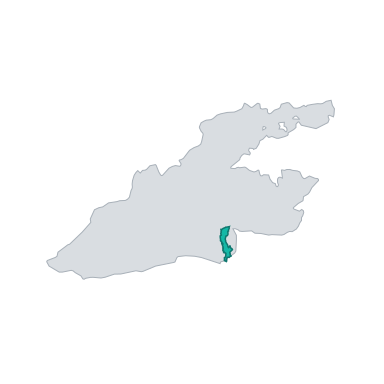 Jayyl, Chuy, Kyrgyzstan (highlighted), rotated 168°
{"feature_id": "92254566B24091049368111", "entity_name": "Jayyl", "entity_type": "district", "adm_level": 2, "iso_a3": "KGZ", "parent_name": "Kyrgyzstan", "parent_adm1": "Chuy", "projection": "orthographic", "projection_center": [73.886, 42.775], "detail": "fine", "context": "in_parent", "style": "filled", "palette": "teal", "viewbox_px": 384, "rotation_deg": 168, "n_neighbors": 0, "source": "geoboundaries", "source_scale": "gbopen_adm2", "svg_char_len": 6795}
<svg xmlns="http://www.w3.org/2000/svg" viewBox="0 0 384 384"><g transform="rotate(168 192 192)"><path d="M86.1,228.0L87.1,227.4L90.1,226.9L96.1,226.5L98.2,227.0L102.3,229.7L105.4,229.4L106.0,229.8L107.2,231.9L111.7,228.9L114.9,228.1L116.6,225.0L120.1,221.4L123.0,220.9L123.0,221.5L123.6,222.0L126.6,222.9L127.5,222.0L128.0,220.6L127.0,218.5L127.0,217.6L127.9,216.3L132.7,218.4L133.7,218.4L135.9,217.3L137.9,215.3L138.6,213.7L148.4,208.7L149.1,207.8L149.0,207.1L144.9,205.9L143.1,206.5L141.4,206.5L140.4,205.8L135.4,205.4L134.4,204.9L131.2,201.1L127.2,198.7L125.2,198.8L122.8,199.7L122.1,199.3L122.0,195.8L121.6,193.7L120.2,193.2L118.4,194.0L113.5,192.7L113.0,188.3L111.2,184.4L108.7,182.8L108.6,180.5L107.7,179.5L106.9,179.7L105.9,180.9L106.3,183.4L105.9,186.0L105.3,187.3L104.1,188.2L102.8,188.2L100.6,186.8L100.0,194.6L99.6,195.0L96.9,193.9L94.8,194.3L91.6,193.7L89.2,192.3L84.6,190.7L82.4,189.2L81.2,183.9L80.0,182.0L78.8,181.6L73.8,183.2L68.8,179.8L66.3,179.0L65.7,178.0L65.9,176.9L73.8,171.4L77.0,167.5L79.0,165.9L83.9,164.3L85.1,160.7L85.5,160.3L90.5,158.7L96.1,155.6L96.3,154.8L95.7,154.0L90.9,150.9L88.3,152.1L86.9,150.4L87.0,148.6L88.7,145.7L90.2,144.2L90.8,141.4L92.9,139.5L95.0,136.5L97.6,134.1L102.2,132.4L104.8,133.1L107.2,132.7L110.9,131.3L113.2,131.2L122.7,133.7L125.9,133.9L133.2,137.1L139.0,138.6L141.8,141.6L151.2,143.0L153.7,143.9L154.6,145.3L157.3,147.1L159.6,147.5L157.6,140.5L158.4,136.4L161.4,125.1L163.0,123.4L170.5,120.2L172.3,117.8L177.7,117.8L178.8,117.4L179.4,116.1L196.3,125.9L202.7,128.6L211.5,131.0L219.0,131.7L220.3,131.1L223.2,127.1L224.6,126.9L243.1,127.1L256.3,124.6L258.2,124.6L263.2,126.6L278.8,126.6L285.0,127.8L294.7,126.7L298.9,126.8L306.4,129.1L309.0,129.6L313.9,129.7L315.7,129.1L316.8,129.7L318.1,133.1L322.9,137.3L324.7,139.6L326.5,140.5L335.3,140.6L338.6,141.3L347.2,149.2L348.6,154.0L347.8,155.1L339.3,156.4L337.4,157.2L335.6,161.0L324.4,166.2L322.7,166.3L307.7,175.6L297.3,183.3L297.1,186.8L291.1,194.9L286.4,196.0L282.4,196.0L275.9,198.7L267.4,198.2L264.5,198.5L258.9,197.6L256.6,198.3L254.3,199.9L251.2,206.3L249.9,207.8L249.3,209.2L248.9,212.2L247.8,215.5L245.1,220.4L242.8,222.7L240.6,224.2L238.7,221.3L235.9,223.4L233.2,223.1L231.5,223.7L227.7,226.4L222.1,226.4L221.5,225.5L220.3,218.5L219.2,215.2L218.4,214.4L217.4,214.4L209.5,220.1L205.8,221.1L202.7,221.3L198.7,219.7L197.8,220.1L197.1,221.0L196.9,222.2L198.1,225.3L197.7,225.9L195.9,225.9L193.4,226.7L185.7,233.3L180.8,235.0L176.3,235.7L173.6,236.9L172.1,239.3L169.1,246.0L169.2,247.4L170.4,249.3L171.4,253.3L171.1,254.4L168.7,257.8L165.6,258.8L163.1,259.3L158.4,258.8L156.0,259.5L151.5,262.0L147.8,262.5L140.9,262.5L134.1,261.4L131.9,261.7L125.9,263.1L123.8,265.5L122.6,267.6L122.0,267.9L119.7,265.9L116.7,262.4L115.2,262.4L109.7,265.1L108.9,265.0L107.4,263.9L107.7,259.5L106.0,258.5L102.3,258.2L101.1,257.2L101.5,254.4L101.1,253.3L100.2,252.4L98.3,252.6L94.4,254.9L89.9,255.5L88.3,256.2L86.4,259.3L80.4,259.7L78.5,258.9L75.1,253.1L72.0,252.1L68.8,252.2L64.5,253.5L63.5,252.2L62.4,251.8L61.4,252.8L56.1,252.7L50.8,252.3L47.8,251.5L45.8,251.4L41.8,252.8L36.9,252.8L36.7,247.5L35.4,243.8L37.1,238.0L38.1,236.1L41.6,238.5L42.9,238.2L43.2,237.1L42.8,234.4L44.7,231.6L57.5,228.2L71.2,234.6L72.9,238.4L74.1,238.3L76.2,236.7L76.9,233.5L79.6,231.9L85.7,229.9L86.1,228.0ZM92.9,241.3L93.2,240.8L92.2,238.0L93.7,235.5L90.9,234.9L89.4,234.1L87.9,231.5L87.4,231.3L86.5,232.0L86.0,233.7L86.3,235.6L88.3,237.4L87.2,241.0L91.4,241.6L92.9,241.3ZM78.2,243.3L78.1,242.6L77.1,242.2L71.9,240.9L72.1,241.7L74.0,244.5L75.5,244.7L78.2,243.3ZM109.5,239.6L109.9,237.9L106.7,238.8L106.3,239.7L107.4,240.8L108.7,241.2L109.5,239.6Z" fill="#d9dde1" stroke="#a8b0b8" stroke-width="1"/><path d="M171.5,149.4L171.5,149.1L171.4,148.8L171.2,148.4L171.2,148.2L171.4,148.0L171.6,147.8L171.8,147.7L171.8,147.4L171.8,147.2L171.7,146.7L171.8,146.5L171.9,146.3L172.2,146.1L172.4,145.8L172.5,145.6L172.4,145.2L172.4,144.7L172.5,144.4L172.4,144.2L172.3,143.9L172.3,143.7L172.6,143.6L172.9,143.6L173.2,143.5L173.4,143.4L173.6,143.0L173.7,142.7L173.7,142.4L173.8,141.7L173.9,141.4L173.9,140.8L173.9,140.1L174.0,139.5L174.1,139.2L174.1,138.8L174.2,138.6L174.3,138.4L174.2,138.2L174.0,137.9L173.9,137.8L173.5,137.7L173.4,137.3L173.4,137.0L173.4,136.8L173.2,136.3L173.1,136.0L172.9,135.6L172.8,135.4L172.6,135.2L172.5,134.7L172.8,134.5L173.1,134.7L173.2,134.9L173.4,135.2L173.6,135.3L173.6,135.1L173.6,134.9L173.5,134.7L173.4,134.5L173.3,134.2L173.3,133.7L173.3,133.3L173.3,133.0L173.2,132.7L173.1,132.4L173.0,132.1L173.0,131.8L173.0,131.4L173.1,131.2L173.1,130.8L173.2,130.6L173.2,130.3L173.2,130.0L173.3,129.8L173.5,130.0L173.5,129.6L173.7,129.4L173.7,129.1L173.8,128.8L173.7,128.8L173.7,128.7L173.7,128.4L173.7,128.2L173.7,127.9L173.7,127.6L173.4,127.4L173.1,127.3L173.1,126.9L173.2,126.6L173.3,126.3L173.5,126.1L173.2,125.9L172.6,125.7L172.1,125.5L172.1,125.4L171.7,125.1L171.6,124.8L171.7,124.5L171.8,124.2L172.0,123.7L172.0,123.4L172.2,123.0L172.2,122.7L172.3,122.5L172.4,122.2L172.5,122.1L172.6,121.9L172.6,121.6L172.9,121.3L173.1,121.3L173.9,121.1L173.9,120.9L174.0,120.6L174.1,120.4L174.2,119.8L174.3,119.4L174.4,118.9L174.5,118.7L174.6,118.4L174.4,118.2L174.2,118.0L174.2,117.9L173.6,117.5L173.3,117.2L173.2,117.1L173.0,116.9L172.9,116.8L172.6,117.1L172.4,117.3L172.7,117.6L172.5,118.4L172.4,118.6L172.1,119.2L171.9,119.6L171.7,119.9L171.5,120.2L171.2,120.5L170.9,120.7L170.6,120.7L170.2,120.7L169.6,120.5L169.2,120.3L168.8,120.6L168.3,120.9L168.0,121.0L167.2,121.1L167.0,121.3L167.7,122.0L167.8,122.3L167.8,122.5L167.7,122.9L167.5,123.2L167.4,123.5L167.5,123.7L167.6,123.8L167.6,124.1L167.6,124.4L167.7,124.9L167.5,125.2L167.2,125.4L166.6,125.8L166.1,126.1L165.8,126.4L165.3,126.7L164.6,127.0L164.4,127.3L164.5,127.6L164.6,128.0L164.9,128.4L165.2,128.6L165.3,128.6L165.6,128.9L165.6,129.1L165.7,129.4L165.8,129.7L166.0,130.0L166.1,130.3L166.1,130.6L165.9,130.9L165.9,131.2L166.1,131.4L166.3,131.4L166.5,131.3L166.6,131.0L166.7,130.9L166.8,130.7L167.1,130.7L167.4,130.6L167.4,130.4L167.6,130.1L167.8,130.0L168.0,130.4L168.2,131.0L168.3,131.5L168.3,131.8L168.2,132.2L168.2,132.6L168.2,133.0L168.4,133.5L168.6,134.0L168.8,134.3L168.9,134.7L169.0,135.1L169.1,135.5L169.3,136.1L169.4,136.6L169.3,136.9L169.2,137.4L169.2,137.7L169.2,138.0L169.3,138.4L169.3,138.9L169.2,139.3L169.0,139.8L168.8,140.0L168.6,140.3L168.5,140.8L168.4,141.1L168.2,141.5L167.9,141.9L167.5,142.0L167.2,141.8L166.8,141.9L166.2,142.3L165.9,142.7L165.6,143.2L165.5,143.8L165.4,144.2L165.3,144.7L165.4,145.4L165.3,145.8L165.0,146.1L164.4,146.2L164.3,147.0L164.1,147.5L163.6,148.0L163.2,148.7L163.0,149.1L163.1,149.7L163.0,150.2L162.8,150.4L164.0,150.4L165.2,150.4L166.0,150.5L166.4,150.6L166.8,150.4L167.3,150.2L167.8,150.1L168.8,150.0L169.4,149.8L169.8,149.5L170.4,149.4L171.1,149.3L171.5,149.4Z" fill="#14b8a6" stroke="#0f766e" stroke-width="1.5"/></g></svg>